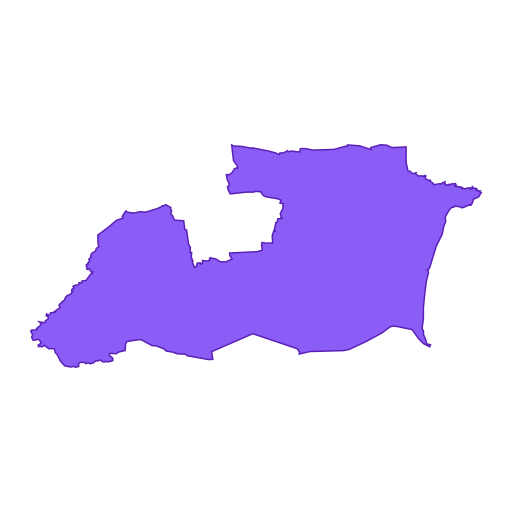 outline of Drogheda Rural Lea-4, Louth, Ireland
{"feature_id": "5873133B41163047838310", "entity_name": "Drogheda Rural Lea-4", "entity_type": "district", "adm_level": 2, "iso_a3": "IRL", "parent_name": "Ireland", "parent_adm1": "Louth", "projection": "equal_earth", "projection_center": [-6.354, 53.766], "detail": "fine", "context": "isolated", "style": "filled", "palette": "violet", "viewbox_px": 512, "rotation_deg": 0, "n_neighbors": 0, "source": "geoboundaries", "source_scale": "gbopen_adm2", "svg_char_len": 4521}
<svg xmlns="http://www.w3.org/2000/svg" viewBox="0 0 512 512"><path d="M87.8,263.2L88.1,263.8L86.4,264.7L86.2,265.9L87.1,266.6L86.7,268.9L87.8,269.5L89.2,268.8L91.5,272.2L92.7,271.8L92.0,274.2L90.7,274.0L86.1,280.4L82.0,281.0L81.8,282.7L79.3,282.8L79.8,283.4L77.8,284.9L74.3,285.5L73.0,286.5L74.0,288.0L71.9,289.4L71.6,290.6L72.7,291.7L71.8,291.9L71.0,294.0L66.9,295.7L65.2,297.9L64.4,300.4L62.3,301.4L61.5,302.9L59.5,304.2L59.1,305.4L60.1,307.8L56.0,310.3L55.5,311.5L54.4,311.6L54.8,312.4L50.7,312.7L50.6,313.6L48.2,315.3L46.7,313.9L46.2,315.9L48.3,316.8L48.2,318.8L45.4,320.9L44.8,322.7L39.3,321.9L41.3,323.6L39.5,326.2L36.5,328.5L37.2,329.2L35.2,330.3L31.9,329.9L30.7,331.2L32.7,334.8L31.6,337.0L32.8,339.9L33.9,340.3L38.7,339.3L41.0,342.3L40.4,343.7L38.2,345.1L38.4,346.6L40.7,346.4L41.8,346.9L44.6,345.4L48.7,348.7L52.8,348.6L54.5,349.2L55.2,352.4L57.5,355.1L60.3,361.0L64.7,365.9L70.7,367.0L74.3,366.4L75.5,367.3L78.8,366.4L78.4,363.7L80.6,362.3L84.6,362.4L85.8,363.6L88.2,362.9L90.2,363.8L93.2,362.9L96.2,360.6L97.8,361.0L100.4,359.9L101.9,361.4L104.2,362.1L105.9,361.4L107.6,361.9L111.9,361.0L112.8,360.5L112.8,358.2L109.3,355.3L109.6,353.4L116.2,353.7L118.8,352.0L125.2,350.5L125.5,344.2L127.0,341.5L139.1,339.6L141.9,340.1L152.0,345.6L156.2,345.9L163.6,348.7L166.2,351.0L172.5,352.1L177.4,353.8L185.7,354.2L186.7,355.5L188.1,355.9L208.7,359.6L212.8,359.3L211.7,351.6L252.8,333.7L297.4,348.8L299.5,352.3L299.2,354.0L310.0,351.5L322.4,351.2L343.5,350.6L349.0,349.5L365.7,341.7L381.7,333.1L389.9,327.0L392.4,326.1L396.7,326.4L412.1,329.6L418.7,338.8L423.5,343.6L429.6,346.8L430.5,344.8L426.5,343.7L425.9,340.3L423.6,334.7L423.4,330.9L422.1,328.5L423.4,318.4L423.4,307.5L424.9,292.5L426.4,281.1L428.5,272.6L428.1,270.4L427.1,269.9L428.6,269.4L429.6,267.9L436.3,246.1L442.2,234.3L443.7,226.6L445.7,221.7L445.3,216.9L448.8,210.6L451.3,207.7L452.5,207.1L453.7,207.3L454.8,206.2L458.6,206.5L462.2,207.8L464.8,206.9L465.2,206.2L465.5,206.6L467.8,205.5L470.7,205.1L470.3,204.7L471.0,204.8L472.3,203.2L473.4,199.3L478.6,196.9L481.3,192.5L478.6,191.4L479.5,191.5L478.9,191.1L479.4,190.9L476.4,190.5L476.9,189.5L476.2,189.4L477.0,189.1L476.2,189.0L476.4,188.5L472.8,187.9L472.2,185.8L472.3,187.9L471.5,188.3L472.6,188.6L469.5,189.2L471.1,188.2L469.6,187.7L468.5,188.2L467.1,188.0L465.6,188.9L462.9,188.3L462.0,188.7L461.4,187.9L460.7,188.1L461.4,187.6L459.6,187.1L460.0,186.9L455.6,186.5L456.2,185.5L455.4,185.5L456.0,185.1L455.3,183.9L456.0,183.4L453.1,184.0L452.3,183.6L450.2,184.8L449.2,184.2L448.5,185.2L447.9,184.7L445.4,185.2L444.9,182.1L444.4,183.1L444.0,182.3L442.4,182.7L441.4,184.1L440.0,183.7L433.6,184.7L433.1,183.2L430.2,181.4L430.4,180.2L427.6,180.2L426.9,179.2L425.8,179.0L424.6,176.9L426.5,175.9L424.9,176.1L425.7,175.4L422.9,176.1L420.2,175.8L418.9,176.2L415.3,173.7L415.9,172.9L412.9,173.6L411.5,172.9L410.4,171.4L407.9,170.9L406.1,162.2L406.1,146.9L391.8,147.6L386.9,145.2L380.7,144.7L370.7,147.6L371.0,149.5L359.8,145.9L347.6,144.9L347.0,146.6L346.1,146.1L334.1,149.4L313.0,150.1L305.6,148.6L300.4,148.6L299.6,152.0L290.8,151.0L290.7,151.5L288.7,151.7L287.4,150.7L283.7,152.8L279.8,153.0L279.4,154.6L275.5,152.9L268.4,151.0L252.0,147.8L251.7,148.3L241.9,146.4L233.7,146.0L231.7,145.0L233.5,160.6L237.6,166.4L237.7,168.2L236.4,167.9L234.4,168.8L232.2,172.5L229.2,174.7L226.4,174.6L227.1,179.3L229.3,184.2L228.8,185.8L227.5,186.6L228.2,190.0L230.2,193.9L246.9,192.1L253.2,192.1L256.1,191.4L260.5,191.7L263.2,195.5L265.5,196.7L277.7,198.8L281.0,200.1L280.0,203.2L283.1,203.7L282.8,208.6L280.3,213.5L281.2,218.1L282.7,218.1L281.3,218.7L277.8,218.8L277.2,222.2L275.9,222.5L274.1,230.4L276.0,231.1L273.6,231.4L272.2,236.0L272.7,242.9L266.2,243.2L262.0,242.5L261.5,244.7L262.3,250.1L257.1,251.7L229.6,253.0L229.9,255.6L232.0,259.1L225.9,261.8L220.3,261.8L215.7,258.8L212.3,258.4L210.3,257.6L209.5,258.5L209.7,260.4L206.3,261.0L202.4,260.4L202.6,263.6L200.6,264.0L200.2,262.8L197.1,263.2L196.6,266.1L194.5,267.6L192.1,261.4L192.9,261.1L191.3,257.2L191.6,252.4L190.1,252.5L190.4,247.2L188.6,244.5L186.6,230.0L184.8,229.5L183.7,220.8L174.5,220.1L172.4,215.4L170.5,213.7L171.7,211.1L170.6,209.0L170.9,207.6L165.6,204.6L164.2,205.7L162.4,205.7L160.8,207.1L155.9,209.0L146.6,211.9L144.1,212.2L141.6,211.6L137.3,212.2L136.3,212.8L131.5,212.9L126.8,212.0L126.2,211.0L125.5,211.3L122.2,216.5L123.0,218.2L116.4,220.3L108.7,227.0L97.8,235.1L98.0,243.3L98.9,246.4L96.3,248.5L95.3,251.4L92.7,252.6L91.2,254.2L90.6,256.6L91.0,257.5L88.8,259.1L89.7,260.6L87.8,263.2Z" fill="#8b5cf6" stroke="#5b21b6" stroke-width="1.5"/></svg>